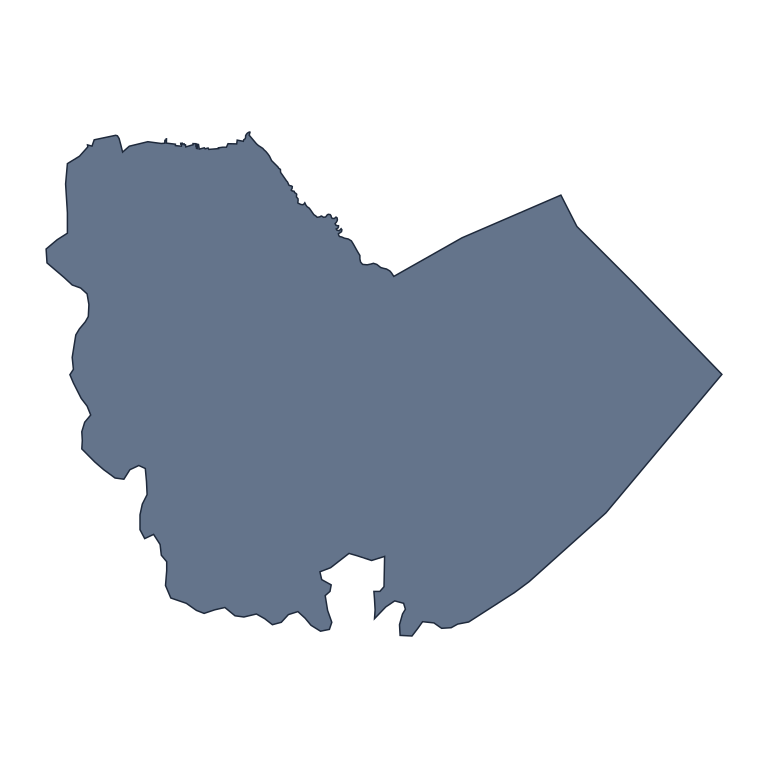 outline of Pasir Puteh, Kelantan, Malaysia
{"feature_id": "92858781B22030714456206", "entity_name": "Pasir Puteh", "entity_type": "district", "adm_level": 2, "iso_a3": "MYS", "parent_name": "Malaysia", "parent_adm1": "Kelantan", "projection": "mercator", "projection_center": [102.35, 5.842], "detail": "fine", "context": "isolated", "style": "filled", "palette": "slate", "viewbox_px": 768, "rotation_deg": 0, "n_neighbors": 0, "source": "geoboundaries", "source_scale": "gbopen_adm2", "svg_char_len": 3386}
<svg xmlns="http://www.w3.org/2000/svg" viewBox="0 0 768 768"><path d="M47.0,262.9L63.9,277.3L72.2,285.0L80.6,288.0L87.1,293.9L88.9,304.6L88.3,316.5L85.3,321.8L79.4,328.9L75.8,334.9L72.2,357.4L73.4,369.3L69.9,374.7L73.4,383.0L81.2,398.4L87.1,406.1L90.7,415.0L84.7,422.2L81.8,431.7L82.3,440.6L81.8,448.9L94.8,462.0L103.7,469.7L115.0,478.0L123.9,479.2L129.9,469.7L138.8,465.5L145.3,468.5L146.5,481.6L147.1,494.6L142.3,504.1L140.0,514.8L140.0,529.7L144.7,538.6L153.6,534.4L160.1,544.5L161.3,555.2L166.7,561.7L166.7,570.6L165.5,585.5L170.8,598.0L186.3,603.3L196.4,610.4L204.1,613.4L214.8,609.8L224.9,607.5L235.0,615.8L243.9,617.0L256.4,614.0L264.7,618.7L272.4,624.7L281.3,622.3L288.4,614.6L297.9,611.6L305.1,618.2L311.0,625.3L320.5,631.2L329.4,629.4L331.8,622.3L327.6,610.4L325.2,595.6L330.0,591.4L331.2,584.9L321.7,579.6L319.9,571.8L330.6,567.7L349.0,553.4L357.3,555.8L371.6,560.5L384.6,556.4L384.0,586.7L379.9,591.4L373.9,591.4L374.5,599.1L375.1,609.8L374.5,618.7L385.8,606.9L394.7,600.9L403.6,603.3L405.4,609.2L402.5,614.0L399.5,624.7L400.1,635.4L412.0,636.0L417.9,628.3L422.6,621.7L433.9,622.9L441.6,628.3L451.2,627.7L457.7,624.1L466.0,622.5L468.7,622.0L514.7,592.4L529.1,581.7L605.9,512.9L721.9,374.4L634.9,284.5L576.9,226.5L560.9,195.1L462.0,237.8L393.8,276.4L391.5,272.9L389.9,271.0L386.5,269.0L383.4,268.3L380.7,267.5L376.8,264.4L373.4,263.3L371.1,264.0L367.2,264.8L362.6,264.4L360.6,262.1L359.9,259.0L359.9,255.5L357.6,251.7L353.3,244.0L351.4,240.9L348.3,239.0L344.5,238.2L341.8,237.0L339.5,236.5L338.7,235.3L338.4,233.7L340.0,232.8L341.5,231.7L341.9,229.8L341.1,228.7L340.0,229.9L339.2,230.7L337.0,230.2L336.2,229.0L337.8,228.2L338.5,227.1L338.5,225.7L337.3,225.7L335.7,225.0L335.1,223.6L336.3,222.3L337.1,220.9L337.4,219.8L337.1,217.9L336.0,217.1L334.3,218.5L332.2,218.4L331.3,217.0L331.1,215.9L330.2,214.6L328.3,214.3L327.3,214.8L326.4,216.0L325.6,217.0L324.8,217.1L323.5,217.3L322.4,216.5L321.2,216.0L320.1,216.7L319.1,217.0L317.2,217.3L316.1,216.2L313.8,214.6L310.4,209.7L309.2,208.1L307.1,206.7L305.9,205.1L304.8,202.8L303.8,204.2L302.9,204.7L301.0,204.5L299.2,203.7L297.8,202.9L298.1,200.4L298.0,198.7L296.5,197.1L296.5,195.7L296.7,194.2L295.8,193.3L294.5,192.5L294.3,191.4L292.8,190.9L292.3,191.1L291.2,190.1L292.1,188.4L292.3,186.5L291.3,185.9L289.8,185.6L288.7,184.9L288.2,183.5L287.4,181.8L286.6,181.0L280.6,172.4L280.4,169.4L278.7,168.2L277.9,166.9L276.3,165.3L271.6,160.6L269.5,156.2L267.8,153.8L265.8,151.4L264.2,150.0L262.8,148.4L261.0,147.2L258.8,145.8L257.4,144.7L256.1,143.4L249.2,135.2L250.0,132.2L249.3,132.0L247.4,133.1L246.3,134.4L245.6,135.8L245.6,137.2L245.2,138.7L243.7,139.8L243.3,141.3L237.2,140.1L236.7,143.9L228.0,143.7L226.4,147.2L224.4,147.2L222.8,147.2L218.4,147.8L218.6,148.6L208.8,149.4L208.1,148.0L205.1,148.8L204.3,147.8L199.3,149.1L198.5,144.5L197.2,144.2L197.4,148.6L196.5,148.4L196.5,146.5L195.9,146.5L195.8,143.7L193.0,143.6L193.1,144.7L185.8,146.9L185.5,144.8L184.3,144.8L184.1,143.8L182.2,144.1L182.2,143.2L180.7,143.3L180.8,144.3L181.7,144.4L181.4,146.2L175.4,145.6L175.4,144.2L166.4,143.1L166.5,138.8L166.2,138.8L165.7,140.2L164.9,140.3L164.7,143.2L161.4,143.5L147.8,141.7L129.3,146.2L122.6,152.1L120.9,145.2L119.1,138.5L117.4,135.8L115.7,135.3L94.2,139.8L92.0,146.1L87.5,144.9L87.8,146.9L79.5,156.2L67.4,163.6L65.6,184.0L67.4,212.8L67.4,233.2L57.2,239.7L46.1,249.0L47.0,262.9Z" fill="#64748b" stroke="#1e293b" stroke-width="1.5"/></svg>